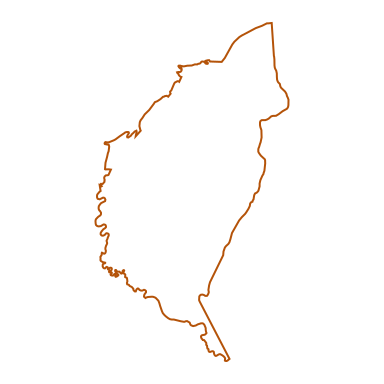 Mosquera, Nariño, Colombia
{"feature_id": "7082276B72973217917261", "entity_name": "Mosquera", "entity_type": "district", "adm_level": 2, "iso_a3": "COL", "parent_name": "Colombia", "parent_adm1": "Nariño", "projection": "orthographic", "projection_center": [-78.47, 2.424], "detail": "fine", "context": "isolated", "style": "outline", "palette": "amber", "viewbox_px": 384, "rotation_deg": 0, "n_neighbors": 0, "source": "geoboundaries", "source_scale": "gbopen_adm2", "svg_char_len": 6013}
<svg xmlns="http://www.w3.org/2000/svg" viewBox="0 0 384 384"><path d="M145.5,298.0L146.3,297.5L147.9,297.0L152.0,296.7L153.1,296.8L154.8,297.4L155.7,297.9L158.4,300.7L159.4,303.3L160.2,306.1L161.9,311.0L162.8,313.1L164.4,315.0L166.0,316.5L168.2,318.2L170.0,319.2L171.6,319.5L173.7,319.5L181.0,321.3L183.9,321.8L184.4,321.8L186.0,321.2L187.1,321.1L189.7,322.6L190.4,324.6L191.1,325.3L193.1,326.1L195.8,325.5L197.7,324.4L201.1,323.3L202.6,323.3L203.2,323.6L204.3,324.7L205.5,327.5L205.7,328.3L205.7,329.6L206.0,331.7L206.5,333.0L206.2,333.5L204.8,334.7L202.1,335.2L201.5,335.6L201.0,336.3L201.1,337.3L201.6,338.6L202.3,339.2L202.8,340.0L204.1,340.1L206.1,342.7L206.3,343.2L206.2,344.8L207.0,345.6L207.3,348.1L207.5,348.6L208.2,348.9L208.5,349.3L208.5,350.7L208.9,351.4L209.2,351.8L210.0,352.0L211.8,351.3L212.8,351.2L213.4,351.5L213.8,351.9L214.1,353.8L214.5,354.8L215.0,355.5L215.6,355.9L216.4,355.8L218.6,354.5L219.5,354.2L220.3,354.2L222.1,355.2L223.6,356.3L224.7,357.5L225.1,358.4L224.9,360.6L225.3,360.9L226.6,361.0L227.5,360.6L229.5,358.9L199.6,301.4L199.1,300.1L199.3,296.5L199.8,295.6L201.0,294.7L202.7,294.6L204.1,295.1L205.3,295.9L206.9,295.9L207.6,295.1L208.4,293.5L208.8,292.1L208.4,290.0L209.1,285.4L210.0,282.2L223.2,255.2L223.5,251.5L224.9,247.5L226.1,246.0L228.4,243.9L229.4,242.3L230.4,239.2L232.0,233.0L239.1,220.5L241.8,217.2L245.1,213.9L246.2,212.4L248.4,208.9L249.8,206.0L250.1,203.8L250.8,202.5L252.5,201.7L252.7,200.5L253.5,199.5L254.2,195.2L255.0,193.5L256.8,192.6L258.2,191.1L258.5,190.4L259.6,186.4L259.6,183.5L260.4,180.1L262.4,175.6L263.4,174.1L263.6,173.0L264.4,170.8L265.2,163.5L265.1,160.2L264.8,159.3L261.1,155.9L260.2,154.8L258.7,152.6L258.3,151.6L258.3,149.4L258.5,148.3L259.0,147.3L260.2,143.2L260.5,142.7L261.6,137.5L261.4,130.1L260.4,127.2L260.0,125.1L260.0,122.5L260.3,121.3L261.4,120.3L262.0,120.1L265.4,120.1L267.1,119.5L268.7,118.6L271.3,116.3L272.9,115.9L276.0,115.8L278.8,114.1L282.6,111.2L286.9,108.8L287.7,107.7L288.1,106.8L288.4,105.2L288.5,99.7L287.8,97.7L287.0,96.1L286.4,93.8L285.1,91.6L281.2,87.9L280.7,87.1L280.4,86.6L279.8,83.9L278.2,82.3L277.7,81.4L277.1,79.7L276.9,77.2L276.8,73.3L276.2,70.6L275.4,69.2L274.8,67.7L274.5,65.5L274.4,59.3L274.1,56.5L273.9,56.0L271.7,23.0L267.9,23.4L267.0,23.3L262.0,25.8L255.8,28.1L241.8,35.5L239.3,37.1L234.4,41.7L232.3,44.5L224.8,58.0L221.7,61.9L210.0,61.5L209.2,60.2L208.1,60.2L205.9,60.7L205.4,61.0L205.8,61.7L206.8,62.2L207.9,63.1L207.8,63.6L207.1,63.9L205.8,63.6L205.4,63.3L204.6,62.0L202.8,61.5L201.7,61.6L201.3,61.9L200.4,63.1L199.7,63.6L198.2,63.8L197.3,64.4L194.8,64.4L191.8,65.5L187.3,65.7L183.8,66.4L181.4,66.0L180.1,65.6L178.7,65.7L178.4,66.1L179.1,67.4L180.6,68.7L180.8,68.7L180.9,67.9L181.4,68.0L181.7,69.3L181.5,70.6L180.7,71.7L179.6,72.1L178.3,72.0L177.1,72.3L177.5,73.2L178.4,73.9L178.8,75.0L179.4,75.8L180.3,76.6L181.4,77.0L179.2,81.8L178.6,81.3L177.4,81.2L174.8,82.6L174.1,83.8L171.3,90.4L170.1,91.6L170.2,92.9L170.6,93.7L168.2,96.7L166.8,95.8L164.6,96.2L163.9,96.7L163.0,96.8L160.5,99.1L157.3,101.2L154.8,102.2L153.9,103.7L149.2,110.0L144.7,114.4L142.4,118.0L140.6,120.3L139.8,122.2L139.4,126.1L140.3,129.8L140.7,130.7L135.7,136.3L135.9,135.0L136.5,132.7L136.6,131.3L136.4,130.7L134.7,131.5L133.5,132.8L131.7,134.4L131.0,135.6L128.3,137.5L127.3,137.3L127.1,136.4L127.6,135.1L128.8,133.3L128.9,133.0L128.8,132.4L128.5,132.1L127.9,132.0L126.3,132.1L125.1,132.5L124.4,133.1L119.8,136.2L115.5,139.4L113.8,140.3L109.1,142.2L107.6,142.4L105.4,142.1L104.8,142.7L104.6,143.5L104.8,144.0L105.0,144.1L106.8,144.4L107.2,144.6L108.6,144.6L108.9,145.2L109.2,146.7L108.6,151.3L107.9,153.1L107.1,156.8L105.5,162.8L105.0,169.2L105.3,169.4L108.7,169.3L110.9,169.6L108.5,174.9L107.9,175.2L105.8,175.4L104.6,176.5L104.2,177.7L104.3,178.8L104.7,180.0L104.4,180.8L104.5,181.8L102.7,183.9L101.7,184.3L101.0,183.8L100.6,184.1L100.7,185.1L101.7,186.2L101.4,186.4L99.7,185.3L100.6,191.0L99.5,191.8L97.5,194.2L97.1,195.0L97.0,196.2L97.1,197.6L97.7,198.8L99.7,199.3L102.9,197.7L103.9,197.7L104.8,198.3L105.4,199.7L105.1,201.1L101.1,203.1L99.9,204.5L98.8,206.2L98.6,207.9L98.7,209.0L99.3,210.4L100.0,211.0L101.0,212.7L101.0,214.1L100.4,215.3L98.1,216.9L96.1,219.0L95.6,220.1L95.5,221.4L95.7,223.9L96.1,225.1L97.0,225.9L98.0,226.3L98.8,226.4L100.8,226.1L103.3,224.6L103.9,224.4L105.2,224.8L105.7,225.3L106.0,226.7L105.9,227.3L105.0,228.2L103.3,229.3L101.5,231.5L100.7,232.9L100.6,234.1L101.1,235.0L101.7,235.5L102.8,235.7L103.6,235.5L104.7,234.9L106.1,233.4L106.8,233.2L108.2,233.7L108.7,234.3L108.7,235.6L107.7,237.7L107.6,238.5L106.6,240.6L106.6,241.0L107.1,242.8L107.1,243.6L106.0,245.9L105.4,248.0L105.4,249.2L105.9,250.9L105.6,252.4L105.1,253.3L104.3,253.7L103.7,253.6L102.4,252.8L101.9,252.7L101.7,253.3L101.7,254.8L100.4,256.9L100.6,259.3L100.4,259.9L100.5,260.3L100.8,260.9L102.7,262.1L105.2,262.7L105.2,263.0L104.7,263.4L103.5,263.6L103.2,263.8L102.7,264.8L102.7,266.5L103.3,267.7L103.9,268.2L104.4,268.4L105.2,268.3L106.1,267.2L106.8,266.9L107.7,267.4L107.9,269.1L108.1,269.4L108.4,269.5L108.7,269.4L109.5,268.1L109.9,267.8L110.8,267.7L111.5,268.0L111.8,268.7L111.7,269.7L110.9,270.5L109.4,270.8L109.0,271.7L109.2,272.2L109.4,272.4L111.3,272.2L111.8,272.6L111.8,273.2L110.6,274.5L110.8,275.1L111.7,275.5L112.9,275.6L114.4,274.0L115.0,273.9L115.5,274.1L115.8,274.7L115.8,275.1L115.3,275.8L115.3,276.4L115.7,276.8L116.6,276.6L118.3,275.4L118.4,274.9L118.2,274.5L116.8,273.5L115.3,271.5L115.1,270.7L115.4,270.0L116.1,270.1L117.2,271.7L119.5,271.7L120.9,273.4L121.5,273.6L121.9,273.5L122.2,273.2L122.6,271.1L123.1,270.4L123.6,270.1L124.0,270.2L124.2,270.6L123.5,272.1L123.6,273.2L123.9,273.6L124.8,274.0L125.3,274.7L125.1,277.0L125.9,277.5L126.7,277.7L127.0,278.3L127.4,281.3L126.9,283.0L127.2,284.3L128.8,284.8L129.6,285.9L131.8,287.0L133.3,288.7L133.4,289.8L133.9,290.6L135.0,291.5L135.8,291.4L136.4,289.6L137.3,288.7L137.6,288.5L138.4,288.6L139.6,290.0L141.1,290.6L142.3,290.6L144.0,289.8L145.3,290.3L146.0,291.1L146.0,292.3L144.4,294.5L144.0,296.2L144.1,296.8L145.5,298.0Z" fill="none" stroke="#b45309" stroke-width="2"/></svg>